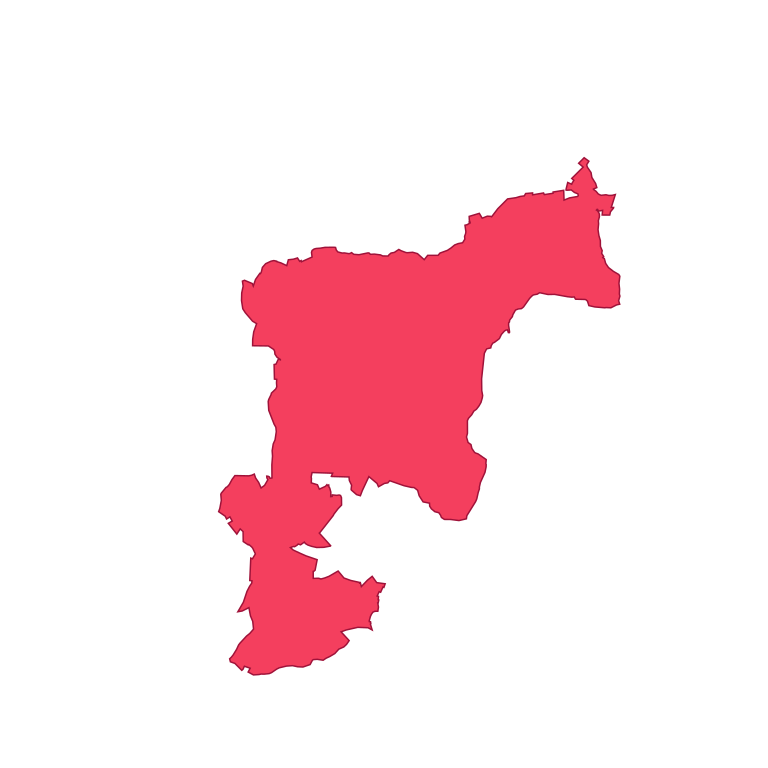 outline of Band, Mures, Romania, rotated 227°
{"feature_id": "2599482B93792228278876", "entity_name": "Band", "entity_type": "district", "adm_level": 2, "iso_a3": "ROU", "parent_name": "Romania", "parent_adm1": "Mures", "projection": "orthographic", "projection_center": [24.34, 46.58], "detail": "fine", "context": "isolated", "style": "filled", "palette": "rose", "viewbox_px": 768, "rotation_deg": 227, "n_neighbors": 0, "source": "geoboundaries", "source_scale": "gbopen_adm2", "svg_char_len": 6155}
<svg xmlns="http://www.w3.org/2000/svg" viewBox="0 0 768 768"><g transform="rotate(227 384 384)"><path d="M412.7,676.9L406.8,677.6L406.3,661.5L403.5,661.8L402.6,658.4L402.1,657.5L406.1,655.8L402.3,650.0L401.7,649.4L401.0,649.9L398.2,653.3L394.2,653.9L390.8,655.5L389.3,654.6L389.1,653.5L393.6,646.6L395.7,641.1L403.1,647.5L409.1,638.6L408.2,637.7L413.2,630.4L414.9,631.0L421.0,621.7L422.4,623.0L426.7,617.5L425.9,614.9L428.3,611.5L430.3,607.5L435.1,600.6L434.6,586.8L432.9,576.8L433.8,576.4L436.3,574.0L438.3,568.9L443.8,570.1L448.5,560.6L445.7,558.2L444.0,557.4L444.6,557.0L444.4,556.7L443.1,556.6L443.8,553.5L444.9,551.5L439.5,547.7L438.3,546.2L437.0,543.6L434.8,541.9L433.7,537.8L436.1,534.0L437.5,530.5L437.8,525.7L438.5,521.5L441.6,514.2L441.2,511.3L448.3,503.7L447.5,498.2L456.5,497.4L460.8,494.8L464.1,490.6L465.2,489.7L469.8,487.4L472.3,486.6L473.2,481.3L475.0,478.4L475.1,475.9L474.8,474.3L478.5,470.4L480.8,469.5L485.5,465.6L488.1,462.5L490.1,462.4L491.0,461.4L495.6,453.9L499.5,450.3L502.2,449.9L502.7,448.1L503.3,447.2L506.9,444.4L508.3,442.7L512.1,440.3L514.6,440.5L516.9,441.7L518.1,440.7L524.2,434.0L526.9,429.9L529.4,426.8L530.4,424.9L530.7,422.5L529.7,420.7L525.9,418.0L529.7,407.0L530.8,407.6L531.2,406.0L535.2,406.7L537.1,402.8L540.1,398.8L536.9,393.6L542.9,391.2L546.9,388.9L547.1,389.2L549.4,387.6L550.9,385.1L552.7,379.5L552.2,374.6L549.5,370.5L549.0,368.9L549.6,368.7L548.1,361.4L544.8,355.2L547.3,356.2L555.0,352.7L555.8,350.6L551.6,347.7L547.6,342.0L542.2,336.7L535.3,332.0L530.8,331.2L519.6,330.7L515.0,332.0L511.0,324.3L506.2,318.4L501.6,314.0L490.7,325.4L484.4,326.9L482.5,326.3L480.2,324.6L476.6,324.0L472.6,324.9L472.4,324.7L474.3,323.8L472.2,318.6L473.2,316.9L462.3,307.2L460.6,308.7L458.1,306.1L455.1,303.7L454.2,301.6L454.1,295.4L453.3,294.3L451.3,289.1L450.2,287.4L443.3,281.7L429.5,276.2L426.1,275.4L422.6,272.7L417.5,266.3L415.7,262.1L411.5,256.7L407.3,253.3L401.4,246.9L391.7,238.0L392.4,236.8L393.1,236.3L394.2,236.8L395.6,236.3L396.6,235.4L395.2,234.3L393.2,233.8L391.3,227.5L391.8,223.2L397.5,225.2L402.8,226.0L406.6,227.7L407.5,225.0L409.1,222.4L418.7,212.5L417.8,207.7L416.0,202.3L415.7,199.4L416.1,197.8L415.1,190.4L414.6,189.4L409.8,185.6L405.0,179.1L403.4,176.0L395.6,177.7L392.6,176.8L391.9,180.7L387.3,179.5L388.3,175.1L374.6,174.0L376.1,180.0L372.2,180.3L364.8,173.6L358.9,175.0L358.8,175.7L355.1,176.1L353.5,176.0L347.9,174.2L347.4,173.9L345.9,168.6L347.5,167.8L331.8,151.8L330.1,153.2L328.6,151.5L327.7,147.7L325.8,142.4L320.3,132.3L317.1,121.8L314.7,125.5L312.6,132.7L305.5,128.2L299.9,126.1L293.7,121.4L293.1,115.7L293.4,111.5L292.7,102.0L292.3,99.7L290.5,95.3L288.7,88.8L288.3,86.0L288.3,83.7L285.6,82.2L281.3,84.4L271.6,84.7L271.5,86.2L272.8,89.4L267.4,92.3L266.0,88.2L260.3,90.1L256.7,94.5L255.7,96.3L253.6,98.4L250.5,102.5L249.6,104.9L248.7,111.0L247.9,113.8L244.2,120.3L240.4,125.0L236.1,128.0L232.3,131.7L229.2,138.6L230.8,143.3L230.6,144.4L228.2,147.4L223.5,151.1L222.9,154.8L221.7,158.4L220.4,164.2L220.9,170.1L219.1,175.3L219.1,179.0L220.1,183.5L232.0,183.6L229.9,188.6L223.9,198.9L216.6,206.1L212.2,207.6L217.7,210.3L217.7,210.9L219.3,212.0L220.2,211.2L220.8,211.6L223.2,215.4L224.2,217.9L224.7,220.2L224.0,222.3L222.0,224.5L224.6,227.8L228.0,230.0L227.7,230.2L229.6,232.9L230.2,232.6L232.4,235.1L233.6,234.4L235.4,238.8L234.0,239.5L236.2,244.8L235.3,245.2L237.1,248.6L243.7,243.2L251.4,244.2L251.8,238.1L251.3,229.3L254.6,231.1L254.6,230.6L254.9,230.3L255.4,230.9L263.0,225.7L269.4,222.4L278.5,222.9L280.9,212.5L282.6,208.3L284.4,204.9L286.4,203.8L290.1,199.7L295.2,204.4L294.9,204.8L294.8,206.6L301.1,215.3L311.4,209.8L317.7,207.1L324.4,204.4L328.2,204.0L326.9,207.0L326.0,207.6L325.4,210.4L325.5,212.1L323.3,213.3L322.7,217.9L320.9,217.7L318.1,218.5L314.7,220.3L310.3,223.3L305.6,228.6L302.0,234.3L302.1,234.7L319.1,235.0L319.1,236.1L322.4,257.1L323.0,258.7L324.1,265.3L324.4,270.4L329.9,275.4L332.1,276.2L333.4,275.5L334.8,273.5L338.1,270.6L337.1,269.4L338.0,268.2L341.2,271.4L345.0,273.4L345.9,273.4L347.9,274.7L348.2,273.5L349.3,273.6L349.1,271.4L351.2,265.0L355.7,266.6L361.3,263.4L364.6,266.7L365.6,267.2L368.3,271.0L353.8,285.6L352.4,282.5L352.0,282.7L339.9,295.0L337.0,292.8L332.1,291.3L329.4,288.1L328.7,287.8L321.8,288.5L318.4,290.5L320.8,295.4L326.6,309.8L316.0,311.1L312.6,309.9L311.0,316.5L309.1,319.4L309.4,322.2L295.9,329.3L289.7,333.5L287.7,335.4L283.3,336.1L278.3,333.5L271.1,332.2L265.8,336.0L263.5,334.1L260.4,333.5L255.9,334.1L252.5,336.3L249.6,335.9L247.2,335.0L243.8,335.8L239.4,340.4L233.0,345.7L229.2,352.3L231.2,354.8L235.5,370.8L236.7,373.5L240.4,378.9L242.2,382.2L243.6,383.5L246.2,387.3L250.5,397.6L253.7,402.1L255.4,403.8L256.3,404.2L259.0,407.2L268.9,405.1L271.2,403.8L272.4,403.6L276.9,404.3L280.4,406.3L283.9,405.6L289.0,408.2L291.0,411.4L300.3,420.0L301.3,422.4L301.7,427.2L302.9,431.2L302.5,434.4L303.2,438.6L304.4,442.4L306.8,446.4L308.3,448.3L312.5,451.0L321.2,458.9L338.0,478.3L339.5,482.4L339.6,483.2L337.6,486.7L338.9,488.6L339.7,491.3L339.1,493.4L338.5,499.3L340.2,503.7L340.6,508.3L340.2,510.0L339.4,511.2L336.8,510.0L336.1,510.5L336.2,511.1L336.8,511.6L342.0,515.2L343.8,517.0L343.8,518.0L345.1,519.6L345.7,523.8L346.8,525.5L348.4,530.6L347.3,533.4L345.4,535.9L345.3,536.8L345.2,538.6L347.3,548.8L347.5,551.9L347.3,554.0L345.2,557.3L344.6,560.1L337.6,565.0L333.2,569.9L322.6,577.8L319.4,580.6L317.9,582.5L315.4,581.9L308.7,588.7L307.8,589.2L305.8,589.3L301.6,587.3L296.5,590.8L289.0,597.6L288.6,598.4L285.0,601.9L283.2,608.1L281.6,610.8L284.9,612.4L287.4,616.5L289.3,617.5L292.7,621.0L297.4,624.5L302.0,630.0L304.0,630.4L309.9,628.6L316.1,627.6L321.1,628.4L325.5,630.7L327.2,630.2L327.4,631.6L331.1,632.3L332.7,634.5L337.0,636.1L341.4,640.1L346.0,642.4L350.9,645.8L354.8,650.2L357.2,652.1L359.4,655.6L361.3,657.3L362.7,657.9L365.1,658.3L366.3,658.0L366.4,659.0L366.0,659.3L364.2,658.7L361.9,662.3L358.8,658.8L353.6,664.3L355.5,667.1L356.1,671.7L356.5,672.3L358.1,670.6L364.8,682.4L366.4,679.5L368.6,677.0L371.0,675.4L374.0,671.4L376.8,670.3L380.3,670.5L383.5,669.9L383.8,670.1L382.5,673.6L386.3,675.5L393.3,676.9L397.4,679.6L403.8,680.6L406.1,681.7L407.2,685.8L413.0,684.7L412.7,676.9Z" fill="#f43f5e" stroke="#9f1239" stroke-width="1.5"/></g></svg>